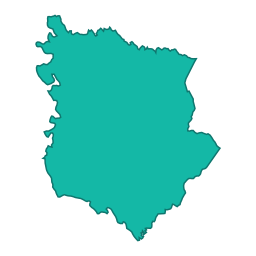 the district of Telêmaco Borba, Paraná, Brazil
{"feature_id": "56859067B49964335466293", "entity_name": "Telêmaco Borba", "entity_type": "district", "adm_level": 2, "iso_a3": "BRA", "parent_name": "Brazil", "parent_adm1": "Paraná", "projection": "equal_earth", "projection_center": [-50.555, -24.255], "detail": "fine", "context": "isolated", "style": "filled", "palette": "teal", "viewbox_px": 256, "rotation_deg": 0, "n_neighbors": 0, "source": "geoboundaries", "source_scale": "gbopen_adm2", "svg_char_len": 4994}
<svg xmlns="http://www.w3.org/2000/svg" viewBox="0 0 256 256"><path d="M55.0,15.4L53.5,16.2L52.3,16.4L51.1,16.9L49.4,16.6L48.0,16.7L47.6,18.3L47.8,21.4L47.4,22.7L47.5,25.2L48.3,26.9L49.6,27.8L52.9,29.0L54.3,32.8L57.0,35.8L54.2,37.1L52.5,36.4L50.7,33.2L49.6,32.9L48.5,34.9L48.1,36.4L48.0,38.4L49.4,41.8L47.7,41.4L46.0,42.0L43.9,44.0L42.5,44.0L39.7,42.3L37.8,42.0L36.5,42.6L36.0,44.1L36.7,46.1L37.8,46.7L40.4,46.5L41.9,47.5L43.7,51.1L44.4,52.3L45.5,53.2L47.2,53.6L51.1,53.4L53.2,54.3L53.1,58.2L51.7,59.7L50.8,61.8L49.0,63.1L47.3,64.6L45.6,64.5L43.7,63.8L41.9,64.9L39.9,66.0L38.4,65.7L37.2,65.8L36.5,67.7L36.7,70.6L37.2,72.2L37.9,74.0L39.1,76.3L40.2,77.4L42.8,80.9L44.3,82.0L46.4,84.0L47.7,84.7L51.2,83.5L52.3,82.7L53.7,82.0L54.4,80.5L53.8,78.5L52.6,77.1L51.9,74.3L54.1,74.2L55.6,76.9L56.8,79.2L58.2,80.7L59.6,82.4L60.3,85.1L58.4,86.1L56.7,85.4L55.5,85.6L53.1,85.5L52.2,86.7L52.0,88.4L51.2,90.1L50.1,91.1L48.0,91.0L49.6,94.2L51.1,95.8L52.3,97.7L53.7,100.4L54.8,100.3L56.7,100.6L57.5,102.4L57.0,104.9L56.0,107.1L55.6,109.4L56.4,110.8L57.7,112.2L59.9,114.5L60.7,117.3L59.3,118.2L58.2,118.1L56.6,118.3L55.4,118.6L54.3,117.7L52.8,116.3L51.7,116.1L50.9,117.4L50.0,120.1L49.8,121.7L50.9,122.6L52.1,122.8L54.7,123.3L55.5,124.8L54.4,127.5L53.1,128.6L51.1,129.8L48.5,131.1L46.5,131.0L44.2,131.9L45.3,134.4L46.7,136.5L48.1,137.1L50.8,133.0L52.5,133.0L53.4,134.6L53.1,136.7L52.5,138.1L53.0,140.4L53.1,142.8L51.5,145.0L51.9,147.1L49.9,146.6L48.2,145.8L47.6,147.3L46.4,148.9L45.8,151.2L47.0,152.8L46.7,155.2L45.4,155.6L44.6,157.3L43.1,158.3L45.0,158.8L45.1,160.9L45.2,163.2L46.5,169.7L47.0,171.0L48.0,173.1L50.2,175.9L51.5,178.1L51.7,180.1L51.9,182.2L52.7,183.9L52.9,185.3L52.7,187.0L54.0,189.1L55.5,190.8L56.5,193.8L58.1,196.9L59.8,197.0L62.8,195.3L64.3,194.7L66.8,195.5L68.1,195.8L71.2,196.1L73.3,196.7L75.5,197.5L80.9,198.5L83.0,199.5L85.6,201.0L87.1,201.5L88.1,201.0L89.5,201.0L90.5,201.9L89.8,204.1L89.9,205.6L91.8,207.5L93.5,208.6L95.3,210.4L96.5,211.9L97.4,213.6L98.8,213.7L100.4,212.4L101.7,211.9L103.3,212.2L104.5,212.3L105.9,212.8L107.0,213.6L108.1,212.2L107.4,210.5L106.2,209.1L107.5,207.6L108.9,207.8L110.8,208.9L111.7,210.0L113.2,212.8L114.3,214.5L115.7,216.6L116.6,218.8L117.2,221.2L118.0,222.6L120.2,223.5L122.4,223.5L123.3,221.8L124.7,222.3L126.0,224.1L126.5,226.4L126.8,228.4L130.0,230.4L131.8,232.0L132.6,233.8L134.0,236.2L135.1,237.6L136.2,238.9L137.8,240.6L139.4,240.2L139.2,237.6L141.3,239.0L142.6,238.1L143.4,236.6L142.3,236.4L141.3,235.3L142.1,234.1L141.1,233.0L142.3,232.6L142.5,230.9L143.9,232.7L143.7,234.6L145.1,233.4L146.4,232.4L145.0,230.9L146.5,229.9L145.4,228.4L146.8,228.1L150.6,228.3L151.7,227.1L151.9,224.9L151.7,223.2L152.8,221.3L154.1,221.7L155.0,220.5L155.5,218.5L156.0,217.1L157.1,215.5L158.1,213.9L163.7,213.6L164.9,213.4L165.3,211.4L165.2,209.5L166.9,209.8L168.7,209.4L170.6,208.8L171.5,207.4L172.0,205.6L172.6,204.2L174.0,204.6L175.5,205.7L177.2,206.6L178.6,205.3L180.0,204.6L180.5,202.6L181.6,200.2L182.5,197.8L183.3,196.5L184.1,195.0L185.5,192.9L184.9,190.8L184.1,189.7L183.8,188.2L183.6,185.8L184.1,183.3L185.6,181.6L186.5,180.5L187.5,179.5L188.7,178.5L190.6,178.4L192.0,178.6L193.5,178.5L195.0,176.7L196.7,176.0L198.4,176.0L199.4,175.4L200.5,173.9L201.2,171.3L202.3,169.3L205.0,168.6L206.4,167.6L220.0,148.2L218.5,147.2L216.7,145.6L215.9,143.8L214.6,141.6L213.5,140.5L212.0,137.9L210.1,135.2L208.0,133.8L206.7,134.4L205.2,133.9L203.8,133.4L201.8,132.5L200.1,132.7L198.8,133.0L197.0,133.6L194.9,132.4L193.2,130.5L191.2,130.5L189.7,131.1L187.8,130.8L187.7,128.7L188.9,126.6L188.4,124.5L188.4,123.0L189.4,121.8L190.8,120.4L191.9,118.6L191.2,116.6L192.2,115.0L192.8,112.1L194.2,110.3L195.0,108.5L193.2,101.4L193.2,99.0L189.0,91.1L187.4,91.7L184.8,82.9L185.9,78.8L194.4,62.0L195.4,60.3L196.3,58.7L193.2,58.8L191.1,58.6L189.5,57.7L187.7,57.3L186.5,55.8L184.4,54.8L182.5,55.6L181.0,54.6L178.9,54.3L178.0,52.8L177.0,51.7L175.6,49.4L174.3,49.1L173.2,49.9L171.8,49.8L170.3,51.1L169.0,50.1L168.0,48.6L166.8,48.7L165.0,48.0L163.9,48.2L162.9,49.2L161.8,49.9L160.2,48.9L158.5,47.7L157.2,48.2L156.1,49.9L155.8,52.5L155.2,51.3L153.6,50.2L152.6,49.2L151.1,48.8L149.5,48.8L148.1,48.9L147.3,47.2L146.2,49.1L144.9,49.7L144.9,48.0L144.2,46.9L142.4,45.9L140.4,47.8L139.2,49.7L137.8,48.8L137.1,46.5L135.8,45.5L133.8,44.0L133.0,42.7L131.9,41.7L130.2,42.7L130.8,44.5L129.3,45.1L128.2,44.4L126.8,42.4L125.2,41.6L124.1,41.1L123.9,39.5L122.3,39.0L119.6,35.5L118.1,34.5L116.9,33.0L115.4,30.3L113.0,31.1L111.3,29.9L110.6,28.2L109.7,27.2L108.9,29.0L107.3,29.4L106.0,29.4L104.2,28.5L103.5,31.2L102.6,30.4L101.7,29.1L100.7,28.3L99.2,29.9L97.9,30.4L97.1,32.4L96.2,33.6L97.2,35.0L95.8,36.0L94.8,35.2L94.3,33.8L93.3,32.5L92.5,31.2L91.3,30.0L89.9,31.3L88.6,30.1L88.1,31.7L87.7,33.5L86.7,34.4L85.1,34.6L83.1,34.7L81.7,34.4L80.0,34.4L78.9,33.7L77.4,32.6L76.0,33.1L74.8,33.7L73.5,34.6L72.1,34.3L71.3,33.1L71.3,30.9L69.7,30.9L68.5,32.6L67.2,31.4L65.9,29.6L65.1,27.2L64.4,25.4L62.4,23.8L60.9,21.2L60.9,19.2L59.6,15.9L58.0,15.8L56.4,16.6L55.0,15.4Z" fill="#14b8a6" stroke="#0f766e" stroke-width="1.5"/></svg>